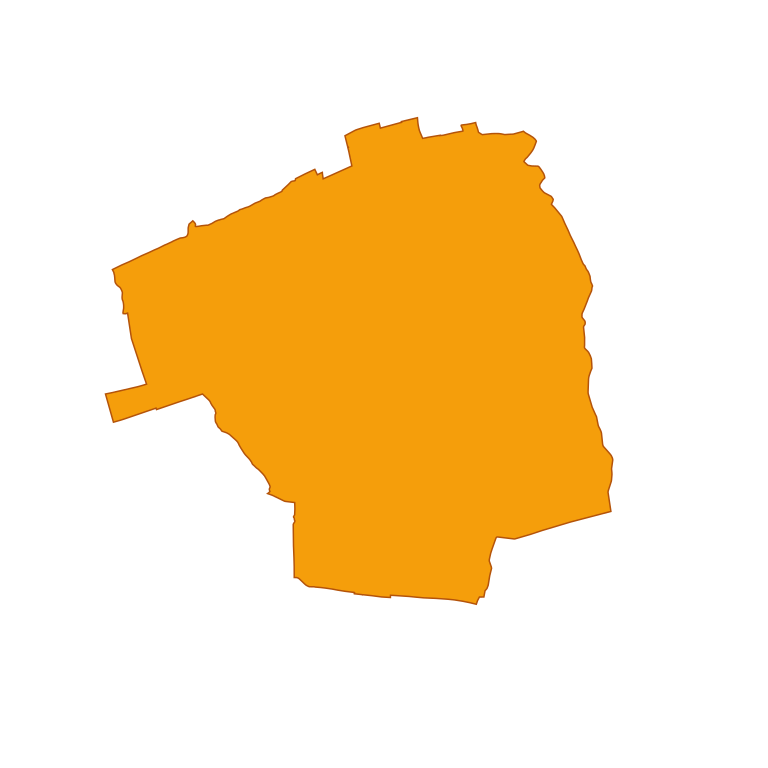 Heiloo, Noord-Holland, Netherlands, rotated 150°
{"feature_id": "6326949B43926966977356", "entity_name": "Heiloo", "entity_type": "district", "adm_level": 2, "iso_a3": "NLD", "parent_name": "Netherlands", "parent_adm1": "Noord-Holland", "projection": "orthographic", "projection_center": [4.712, 52.602], "detail": "fine", "context": "isolated", "style": "filled", "palette": "amber", "viewbox_px": 768, "rotation_deg": 150, "n_neighbors": 0, "source": "geoboundaries", "source_scale": "gbopen_adm2", "svg_char_len": 6159}
<svg xmlns="http://www.w3.org/2000/svg" viewBox="0 0 768 768"><g transform="rotate(150 384 384)"><path d="M404.0,149.6L399.9,154.4L397.1,155.4L394.4,157.6L388.3,165.1L383.0,170.6L382.5,172.0L381.4,177.8L380.9,178.9L379.7,180.3L376.1,184.2L372.4,187.5L364.2,194.5L363.4,194.9L362.7,195.0L362.2,194.8L348.7,184.7L348.1,184.4L332.6,180.6L320.0,178.0L291.4,171.2L251.2,160.2L244.1,178.3L243.2,179.4L235.8,186.1L234.9,187.2L231.8,191.7L230.8,193.6L229.4,196.7L228.5,197.9L224.1,203.5L223.6,204.4L223.2,205.8L223.0,208.2L223.1,209.7L225.2,220.2L225.1,221.4L224.7,222.7L220.2,232.8L219.8,234.4L219.5,237.1L219.4,239.8L219.1,241.3L216.3,249.5L216.2,251.3L215.3,259.9L214.9,261.5L212.0,273.5L211.3,275.0L204.6,285.7L203.5,287.2L202.2,288.6L198.4,291.9L196.1,293.6L195.6,294.5L193.8,298.0L191.8,302.2L191.2,305.5L191.0,309.1L191.3,310.8L192.2,314.0L192.3,314.7L192.0,315.7L190.9,317.3L187.0,324.0L182.9,333.2L182.5,333.8L181.9,334.3L180.2,335.1L179.8,335.5L179.1,336.5L178.8,337.2L178.6,337.9L178.6,338.6L179.1,341.9L179.1,342.9L178.8,343.5L177.4,345.8L176.0,346.9L173.4,348.7L166.6,354.1L163.9,356.4L157.8,360.8L157.0,361.7L155.5,363.7L154.4,364.6L154.1,366.5L154.0,367.2L154.0,368.0L153.9,368.6L153.8,369.2L152.9,371.6L152.2,373.2L151.9,373.8L151.7,374.4L151.2,377.4L151.1,378.7L151.0,379.5L151.2,380.9L151.3,382.9L151.1,384.1L150.9,386.0L151.4,387.8L151.4,389.1L151.0,392.9L150.0,399.2L149.6,403.0L149.2,408.3L148.9,411.1L148.4,419.5L147.7,425.3L147.1,432.9L146.7,436.2L146.3,439.7L146.3,440.6L146.4,441.2L146.8,443.6L148.1,451.4L149.2,455.8L149.1,456.0L146.3,458.0L145.3,459.1L145.1,459.4L145.3,462.6L145.5,463.1L149.3,469.1L149.7,470.0L150.2,471.9L150.8,475.6L150.7,476.2L150.2,477.4L149.8,478.3L149.3,478.8L148.4,479.4L147.1,480.0L144.9,481.2L141.7,482.1L141.0,483.9L140.6,486.1L140.6,488.0L140.8,491.4L141.1,494.1L141.3,494.9L141.5,495.3L141.8,495.7L143.1,496.5L147.0,498.9L149.6,501.1L150.1,501.6L151.5,506.1L151.6,506.7L150.9,507.2L149.6,507.9L148.7,508.3L146.7,508.7L141.4,510.7L138.6,512.0L136.6,513.2L133.8,515.4L130.7,518.0L130.6,518.5L130.8,520.5L131.6,523.0L133.3,526.3L136.0,530.8L136.9,533.2L138.4,533.5L147.2,535.8L150.6,537.6L154.7,539.6L157.3,541.9L159.1,543.3L161.9,545.0L165.4,546.9L174.2,550.8L174.8,551.8L176.1,554.3L176.3,554.7L175.6,557.3L175.2,559.1L175.0,560.1L174.7,562.0L174.3,563.5L173.9,564.6L178.6,566.0L183.0,567.6L184.5,568.3L187.4,569.5L187.7,569.5L188.1,569.1L188.3,566.3L188.9,564.0L189.2,563.6L189.4,563.6L197.3,566.5L208.6,569.9L211.4,571.2L211.2,571.4L222.4,575.6L224.7,576.3L227.7,577.4L226.9,584.0L226.6,585.9L225.7,588.9L224.9,591.2L224.0,593.4L221.9,597.9L237.7,602.6L237.9,601.8L259.2,607.4L257.8,612.2L273.6,616.4L279.5,617.7L281.6,618.1L283.5,618.2L293.7,618.5L296.7,608.1L296.5,607.7L296.6,606.7L297.1,606.8L298.2,603.0L299.1,600.3L302.8,588.9L325.6,591.2L334.1,592.1L332.4,596.4L331.6,598.1L333.1,598.3L337.1,598.5L336.6,604.5L347.3,605.4L357.8,606.0L358.1,605.9L358.9,604.8L359.2,604.6L359.9,604.7L362.1,605.5L363.2,605.7L367.1,604.6L374.0,603.0L375.2,602.7L375.4,602.5L375.6,602.2L376.0,602.0L377.4,601.9L380.1,602.2L383.6,602.4L385.1,602.2L386.4,602.3L390.4,603.2L391.0,603.4L393.7,604.4L397.6,604.5L400.0,604.3L404.0,604.9L405.2,605.1L411.2,605.1L413.1,605.3L416.0,606.0L418.2,606.3L419.9,606.6L421.7,607.1L423.1,606.9L424.0,606.8L431.3,607.7L432.5,607.7L435.7,607.6L440.0,607.2L443.4,608.2L444.6,608.4L444.9,608.6L446.0,608.8L448.7,609.2L452.9,609.1L454.4,609.3L456.0,609.4L456.7,609.5L457.2,609.6L458.4,610.3L462.9,612.3L465.7,613.3L468.2,614.4L468.4,614.7L468.5,614.9L467.4,616.5L467.3,617.1L467.4,617.5L467.3,617.9L467.5,619.1L468.0,620.9L472.9,619.9L475.3,617.4L475.9,616.5L477.7,613.4L478.5,612.3L480.1,611.0L480.8,610.7L481.7,610.6L482.7,610.6L484.9,611.2L487.5,612.3L491.3,612.8L492.4,612.9L495.3,613.2L496.7,613.2L502.4,613.7L504.4,614.0L511.7,614.4L515.8,614.9L521.8,615.4L529.8,616.3L534.5,616.6L543.8,617.3L551.6,618.2L562.0,618.9L562.2,615.6L562.7,614.4L562.9,613.3L564.2,610.3L564.7,609.4L564.9,608.9L565.8,607.0L566.0,605.9L566.0,604.9L565.8,603.3L565.5,602.3L564.3,599.5L564.3,598.3L564.3,597.1L564.6,594.8L564.8,594.2L565.0,593.7L567.4,590.2L568.1,588.8L568.3,588.3L568.5,587.4L568.7,585.9L569.2,584.5L570.0,582.6L571.1,580.6L571.5,580.0L571.8,579.5L573.0,578.1L574.4,576.3L574.7,575.4L573.0,574.2L572.4,574.0L571.9,573.8L571.0,573.8L570.6,573.6L576.5,558.6L580.0,549.6L587.1,516.0L589.7,502.6L594.5,503.7L598.7,504.8L612.5,509.0L624.8,512.8L630.2,514.6L637.4,486.2L630.3,484.4L626.1,483.5L593.5,477.1L593.8,475.6L570.9,471.1L561.4,469.1L546.2,466.1L544.2,459.4L543.7,457.7L543.5,456.6L543.4,455.6L543.6,454.1L543.6,452.9L543.6,451.5L543.1,446.6L543.2,445.9L543.8,444.5L543.9,443.6L544.3,442.7L544.5,442.5L545.6,441.7L546.9,439.7L548.4,436.6L548.8,435.6L548.9,434.1L548.8,433.1L548.9,432.0L549.1,429.9L549.0,429.2L548.6,428.2L548.3,427.2L548.1,426.1L548.1,425.1L548.0,424.4L547.8,424.0L545.6,421.5L544.7,420.4L543.7,418.8L543.1,417.7L540.2,408.9L539.8,407.0L539.8,405.0L540.0,403.6L540.0,400.2L539.7,393.7L539.4,391.7L538.8,389.2L538.5,388.0L538.2,386.6L538.0,385.4L537.8,382.6L538.0,380.7L537.9,380.0L537.1,377.5L536.8,376.3L536.4,375.0L535.5,373.0L535.1,371.6L533.9,366.9L533.4,364.1L533.4,359.9L533.5,354.8L533.7,353.2L533.9,352.2L534.2,351.7L534.6,351.3L535.6,350.6L535.9,350.2L536.1,349.9L536.6,347.9L538.2,347.5L539.6,347.3L537.2,344.5L536.3,343.4L529.2,332.9L528.6,332.1L527.8,331.4L520.6,326.0L523.6,320.4L526.8,315.4L528.7,314.3L528.9,313.8L528.8,312.8L529.0,312.3L529.5,311.1L529.6,310.8L529.5,310.3L529.6,310.0L529.8,309.7L530.4,309.2L531.8,308.5L532.7,307.9L533.2,307.1L543.3,289.1L548.6,279.0L553.0,270.9L558.5,261.3L556.4,260.0L555.7,259.3L555.2,258.5L554.8,257.7L552.7,250.5L552.4,249.7L552.1,248.8L551.2,247.3L550.1,245.8L545.7,243.2L545.3,242.7L540.3,239.2L536.7,236.5L531.4,232.3L527.0,228.5L521.2,223.8L514.3,218.6L514.5,218.4L513.9,217.9L514.5,217.1L508.5,212.7L508.2,212.2L507.7,212.1L500.3,206.7L492.6,200.8L485.8,196.3L485.2,195.9L484.0,197.8L480.5,195.5L468.7,187.6L463.0,183.5L456.6,179.0L446.1,172.3L436.2,165.6L431.2,162.0L424.3,156.4L418.9,151.6L414.2,147.1L411.2,149.7L409.8,150.6L407.9,151.8L404.0,149.6Z" fill="#f59e0b" stroke="#b45309" stroke-width="1.5"/></g></svg>